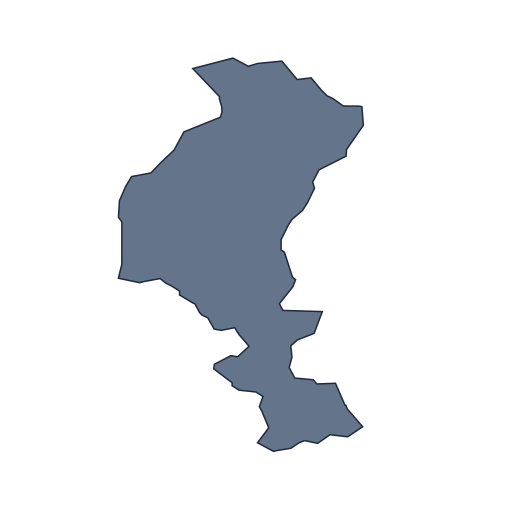 outline of Uyo, Akwa Ibom, Nigeria, rotated 256°
{"feature_id": "59680162B78634023582239", "entity_name": "Uyo", "entity_type": "district", "adm_level": 2, "iso_a3": "NGA", "parent_name": "Nigeria", "parent_adm1": "Akwa Ibom", "projection": "natural_earth1", "projection_center": [7.919, 5.014], "detail": "fine", "context": "isolated", "style": "filled", "palette": "slate", "viewbox_px": 512, "rotation_deg": 256, "n_neighbors": 0, "source": "geoboundaries", "source_scale": "gbopen_adm2", "svg_char_len": 1474}
<svg xmlns="http://www.w3.org/2000/svg" viewBox="0 0 512 512"><g transform="rotate(256 256 256)"><path d="M64.5,318.2L85.6,307.5L87.1,307.4L89.2,307.2L89.7,306.7L90.1,306.2L113.3,302.3L117.1,284.1L122.1,281.6L128.2,264.1L139.8,261.2L149.1,266.4L156.5,267.5L160.3,267.9L164.6,276.0L166.9,293.7L186.0,306.9L196.7,268.9L204.1,267.2L217.4,284.5L223.5,288.7L226.6,286.3L252.7,284.5L255.9,281.8L265.9,284.4L272.7,290.2L278.1,294.7L282.8,299.9L289.0,312.2L295.0,318.6L307.5,329.1L314.1,328.9L324.4,338.1L331.1,367.6L337.4,369.6L356.9,391.8L360.5,392.4L375.3,394.9L376.6,391.9L380.4,377.0L390.4,368.5L394.1,363.8L401.0,359.6L415.5,352.6L417.3,338.6L438.9,328.2L439.0,327.3L442.4,304.4L442.0,294.4L453.6,281.5L453.2,240.0L419.3,259.2L417.8,258.5L409.1,258.8L404.6,258.0L399.3,255.2L393.9,216.1L378.6,202.1L369.8,186.5L362.0,174.1L363.2,154.5L355.1,146.4L342.7,136.9L326.9,131.9L321.5,134.1L280.4,123.8L267.7,117.1L258.2,136.7L258.3,141.1L257.3,157.5L251.4,162.0L247.7,166.4L240.5,173.3L236.5,172.4L236.0,173.0L225.7,183.4L224.2,185.2L215.0,187.5L211.8,189.2L207.6,194.3L196.7,197.3L195.2,197.7L192.2,204.5L192.3,204.8L192.2,206.0L191.6,218.0L184.3,220.3L170.1,227.4L162.7,213.9L165.4,207.4L161.0,189.4L156.7,187.7L138.7,202.2L135.9,201.4L129.9,207.1L124.1,222.9L118.0,228.8L109.0,222.8L104.2,224.1L86.3,226.8L74.4,212.3L62.3,225.6L62.1,230.0L61.0,243.2L64.4,252.7L65.1,258.5L59.3,270.5L64.7,284.6L58.4,301.2L64.5,318.2Z" fill="#64748b" stroke="#1e293b" stroke-width="1.5"/></g></svg>